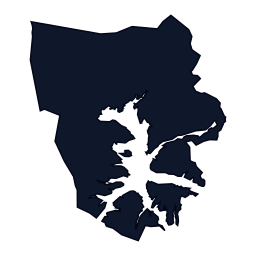 Alta nor, Finnmark, Norway (Mercator projection), rotated 180°
{"feature_id": "86288312B22085656530390", "entity_name": "Alta nor", "entity_type": "district", "adm_level": 2, "iso_a3": "NOR", "parent_name": "Norway", "parent_adm1": "Finnmark", "projection": "mercator", "projection_center": [23.025, 70.046], "detail": "fine", "context": "isolated", "style": "filled", "palette": "ink", "viewbox_px": 256, "rotation_deg": 180, "n_neighbors": 0, "source": "geoboundaries", "source_scale": "gbopen_adm2", "svg_char_len": 5696}
<svg xmlns="http://www.w3.org/2000/svg" viewBox="0 0 256 256"><g transform="rotate(180 128 128)"><path d="M35.2,126.2L32.8,131.7L33.0,132.6L30.6,134.6L30.8,137.5L30.4,138.8L31.9,140.1L35.0,147.1L36.4,148.7L35.9,152.9L39.7,157.2L51.3,163.1L54.7,162.5L60.3,164.7L63.2,169.7L55.7,177.4L58.4,180.3L63.6,180.9L65.1,185.0L63.8,185.6L59.5,192.5L55.9,200.4L64.1,206.3L65.9,212.3L64.2,219.5L67.4,226.4L85.1,240.6L92.7,234.6L98.6,227.1L123.9,229.4L139.8,223.0L155.5,222.0L224.8,234.2L223.6,230.4L223.2,227.2L223.8,223.7L223.4,219.3L225.6,196.0L215.7,145.2L211.6,146.9L196.1,140.7L200.9,114.8L191.7,95.0L182.4,79.4L180.5,70.2L178.7,66.1L178.6,48.9L166.0,42.9L159.7,38.1L151.4,48.1L149.8,53.4L151.8,53.7L157.1,49.8L157.8,50.9L153.6,55.5L159.9,58.6L159.3,59.0L159.6,59.4L166.7,58.1L164.7,60.2L160.5,60.8L159.7,62.3L151.1,60.5L144.9,62.6L144.3,63.3L144.3,64.8L148.1,67.6L143.0,66.2L140.7,67.9L135.3,69.1L132.6,70.7L132.3,71.9L134.7,73.8L139.7,73.9L143.1,72.3L146.8,72.9L145.6,71.9L146.6,71.4L151.4,71.7L151.8,72.1L151.1,72.6L151.7,73.4L157.0,73.3L157.2,73.9L156.9,74.6L159.6,75.9L151.2,73.6L147.2,75.5L147.4,77.6L146.9,77.8L146.5,77.0L144.9,78.0L140.0,77.7L132.4,80.4L128.5,79.1L127.8,81.3L125.8,80.9L128.3,82.8L128.4,85.3L132.0,88.6L134.9,90.0L142.6,90.1L144.4,91.0L139.0,92.8L134.1,93.0L135.9,95.9L134.4,96.6L139.1,101.0L140.0,103.4L144.6,106.4L143.9,107.7L145.2,109.5L143.8,110.2L142.8,113.2L141.9,114.2L139.6,111.9L139.2,112.1L139.6,113.2L138.7,113.9L130.6,113.1L127.1,115.7L121.4,117.5L123.1,120.2L126.2,122.5L126.0,123.9L130.0,127.4L130.0,128.3L134.8,130.4L140.8,135.4L143.4,135.9L146.3,134.2L155.8,134.6L159.4,137.6L157.2,139.3L157.3,140.3L156.5,141.5L154.4,141.9L155.3,144.2L154.1,147.2L152.2,146.4L147.5,150.4L143.6,147.8L146.0,147.2L145.8,146.8L143.1,147.6L141.2,146.6L140.2,148.6L138.1,148.3L137.9,146.8L136.6,145.6L138.1,145.6L138.0,144.4L136.5,143.8L133.4,145.3L133.1,146.5L133.7,147.7L132.7,147.9L133.2,148.5L133.0,149.5L131.1,150.4L131.8,151.6L127.1,154.5L126.9,155.9L124.0,155.2L120.7,158.9L120.1,161.3L117.6,160.4L118.1,159.1L118.4,159.8L119.1,159.0L119.2,157.1L117.9,156.8L115.0,159.0L113.6,158.7L114.4,159.6L112.1,162.9L110.0,163.6L109.8,165.4L108.4,164.5L109.9,163.4L112.3,158.5L113.3,158.5L113.1,157.7L113.8,156.5L114.9,156.5L119.3,152.4L120.7,151.9L122.2,153.1L121.3,151.4L122.3,148.9L121.6,147.2L118.8,148.9L118.1,148.2L117.7,146.0L118.4,141.5L115.7,132.7L114.4,133.1L114.9,133.6L113.8,134.6L113.0,136.2L113.1,137.0L111.0,137.5L108.7,133.8L106.6,133.0L106.0,131.3L104.1,130.1L104.3,129.2L106.4,129.5L107.5,127.3L107.3,126.5L108.5,125.6L108.1,123.1L107.0,120.6L107.5,117.3L107.5,114.5L107.8,114.0L107.6,112.5L108.6,111.7L107.5,110.2L107.7,108.5L107.2,107.4L107.6,105.7L108.9,104.4L108.4,103.3L110.2,103.7L109.1,101.7L108.4,103.2L105.9,102.5L101.6,107.3L98.2,109.7L97.3,111.5L93.3,114.5L83.9,116.8L78.3,120.6L74.4,120.8L60.4,125.2L50.6,126.2L45.5,130.4L41.7,135.2L40.2,135.1L40.0,133.6L38.6,131.1L42.9,127.5L44.5,128.1L47.5,126.4L47.6,125.3L47.1,124.4L52.0,122.3L55.3,119.3L57.1,118.6L58.0,119.2L57.6,119.5L57.8,120.0L62.5,120.7L69.5,120.2L71.8,119.1L73.5,116.5L78.3,117.1L81.5,114.9L89.4,113.0L93.3,110.4L89.3,109.2L92.3,108.8L95.1,106.4L96.8,104.4L97.3,101.8L100.4,99.3L99.5,97.3L99.4,95.9L102.8,97.2L102.7,95.9L105.5,91.3L105.6,87.8L104.8,86.3L99.6,83.5L90.5,83.5L87.1,81.9L82.4,81.8L78.1,79.8L74.7,79.7L72.5,83.2L70.3,83.1L68.6,84.6L68.2,84.0L70.3,81.9L71.6,78.9L65.9,76.2L62.8,78.7L62.0,78.2L62.9,74.9L62.6,73.9L58.0,72.7L57.7,71.1L53.9,69.8L52.4,69.7L51.4,71.3L51.3,75.2L52.5,76.6L53.8,76.4L55.3,78.4L55.9,80.5L53.8,83.4L59.7,89.4L60.9,93.2L64.8,94.5L65.9,95.9L66.4,108.9L70.5,114.1L64.1,115.6L59.9,110.9L52.5,114.7L46.3,116.4L39.3,116.1L38.1,119.8L38.2,124.1L35.2,126.2ZM91.1,25.4L93.9,30.1L98.1,31.7L98.7,34.7L97.5,36.6L98.0,39.0L103.0,43.1L103.0,44.3L103.4,44.7L105.2,44.5L105.3,40.4L106.0,40.0L106.9,42.8L106.3,45.0L108.8,47.2L115.0,40.5L117.4,35.3L120.2,26.3L120.3,29.6L119.6,35.0L117.5,39.1L117.8,41.3L115.0,45.0L114.2,44.8L113.8,45.8L114.4,46.5L114.2,47.5L112.3,49.2L114.7,53.5L113.6,54.6L113.5,55.3L114.8,56.8L114.0,58.7L116.5,60.3L118.1,62.8L119.9,62.7L120.5,64.0L122.6,65.0L125.8,64.7L132.8,60.8L133.6,60.2L133.8,59.4L133.4,58.4L135.8,59.3L142.8,53.1L142.4,52.1L142.5,51.0L140.2,48.9L140.6,48.2L136.0,47.4L137.3,45.7L135.6,45.4L135.6,44.5L139.8,45.7L148.9,43.3L149.3,42.5L148.3,39.5L151.1,39.4L154.1,34.8L150.8,33.2L150.1,30.7L149.2,29.7L142.9,27.8L134.2,21.3L117.8,15.4L110.7,30.5L105.0,29.5L96.4,30.2L91.1,25.4ZM58.2,62.0L65.8,64.9L67.0,67.4L66.4,67.7L71.1,68.3L72.1,67.5L73.2,68.5L74.7,68.1L74.5,69.5L74.8,69.7L77.2,69.1L78.6,70.4L81.3,69.3L81.6,69.6L81.0,70.9L84.0,72.2L97.8,71.5L104.8,74.4L106.1,73.5L107.7,75.0L109.5,71.5L109.3,67.5L108.2,66.3L108.4,64.8L105.9,60.0L106.5,59.4L104.5,58.4L104.4,56.7L103.5,56.4L102.4,58.3L99.9,59.7L100.8,56.6L103.0,53.4L104.4,48.5L103.1,48.2L99.9,52.0L98.3,51.9L96.1,53.6L96.6,52.4L96.1,51.9L98.5,49.0L96.9,48.7L97.4,47.1L95.9,45.0L92.6,45.7L91.9,47.2L91.7,45.9L90.9,45.7L90.7,47.9L92.2,49.0L90.7,50.4L90.0,49.9L89.9,48.6L90.4,47.9L90.4,46.8L89.2,46.1L88.9,44.0L88.4,43.5L89.3,41.8L89.4,40.4L88.8,38.4L89.7,36.1L89.6,34.7L88.4,33.9L88.3,32.7L87.2,31.0L84.3,31.6L82.4,33.3L82.9,35.5L82.8,41.1L83.2,42.2L82.5,45.2L81.0,47.3L80.5,50.2L80.0,49.0L81.2,42.8L80.6,40.8L80.7,39.3L79.8,36.9L79.9,32.1L78.4,30.6L77.6,34.5L78.0,39.8L78.6,41.5L78.1,43.8L78.5,44.1L75.3,46.9L75.6,49.3L74.7,51.1L76.3,52.3L76.3,55.1L75.7,58.3L74.5,60.2L70.9,58.6L67.3,60.9L67.3,62.8L65.0,61.6L63.5,62.1L60.5,59.9L58.2,62.0ZM131.5,99.7L127.2,99.4L124.6,100.5L125.2,101.1L124.8,102.0L125.0,103.6L127.4,105.6L130.9,105.5L131.2,105.1L130.9,105.0L131.0,103.7L130.4,103.3L130.8,102.6L136.1,102.5L131.5,99.7Z" fill="#0f172a" stroke="#020617" stroke-width="1.5"/></g></svg>